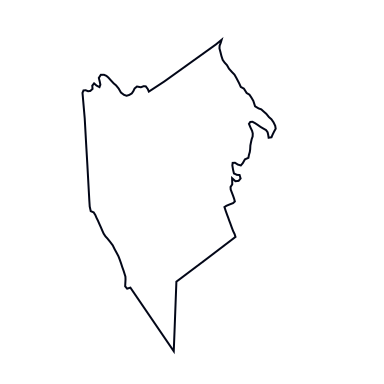 the district of Nova Redenção, Bahia, Brazil, rotated 159°
{"feature_id": "56859067B96538922294760", "entity_name": "Nova Redenção", "entity_type": "district", "adm_level": 2, "iso_a3": "BRA", "parent_name": "Brazil", "parent_adm1": "Bahia", "projection": "equal_earth", "projection_center": [-41.129, -12.772], "detail": "fine", "context": "isolated", "style": "outline", "palette": "ink", "viewbox_px": 384, "rotation_deg": 159, "n_neighbors": 0, "source": "geoboundaries", "source_scale": "gbopen_adm2", "svg_char_len": 2108}
<svg xmlns="http://www.w3.org/2000/svg" viewBox="0 0 384 384"><g transform="rotate(159 192 192)"><path d="M109.8,323.5L116.7,321.2L178.3,305.1L196.3,301.2L196.4,304.0L197.3,307.2L199.2,308.1L202.2,308.1L205.6,310.2L208.5,309.2L210.6,307.2L212.9,305.6L215.9,305.1L218.6,305.3L220.7,307.1L222.7,310.3L223.4,314.9L224.7,318.8L226.2,321.5L227.8,325.5L229.1,328.9L230.3,331.1L232.2,333.0L235.1,334.1L238.1,331.9L238.6,327.9L239.1,325.0L240.8,323.1L243.0,325.6L244.5,328.5L247.0,327.0L247.9,323.9L250.7,322.8L252.9,323.3L254.8,325.1L256.9,325.7L258.7,323.8L265.8,299.1L273.8,274.2L280.2,254.1L290.8,221.2L292.7,215.1L293.4,210.4L291.1,208.2L290.5,205.1L290.4,202.1L290.1,199.1L289.9,194.7L289.7,191.4L289.6,188.2L289.4,184.8L288.7,181.6L287.7,179.1L286.5,175.4L285.1,170.6L284.7,166.1L284.2,162.5L283.7,158.4L283.7,154.6L283.8,150.8L284.0,147.2L284.1,142.8L284.3,139.7L284.5,136.8L285.4,134.2L286.6,131.5L288.2,127.9L287.2,125.0L283.8,124.8L266.1,49.9L258.2,68.3L238.7,113.9L203.0,124.1L167.5,134.5L167.3,137.3L167.6,140.8L167.6,144.6L167.5,148.9L167.5,152.3L167.4,155.0L167.4,157.8L167.3,162.4L167.1,166.3L164.8,166.8L161.3,166.9L157.6,166.9L155.4,167.8L155.1,170.5L155.0,173.7L155.0,177.2L155.0,180.4L154.2,182.9L151.7,184.7L149.6,190.5L147.6,186.5L144.5,185.7L141.8,187.2L141.5,190.8L143.9,191.9L146.2,194.3L145.7,198.0L144.8,202.4L143.6,204.6L141.4,203.9L139.4,201.2L136.9,199.3L134.3,200.7L130.9,203.5L127.1,203.7L125.5,206.3L123.8,208.5L122.4,211.0L120.8,214.6L118.7,217.9L117.3,220.0L115.5,222.1L114.3,224.9L114.0,227.5L114.3,231.4L114.4,235.2L112.5,236.5L110.4,235.9L108.5,233.7L106.9,231.5L104.6,228.1L102.6,225.6L100.7,223.3L100.0,220.7L100.4,218.0L101.0,215.2L98.2,214.6L96.2,216.7L93.7,219.0L91.2,221.1L90.6,223.9L90.9,227.8L91.8,231.5L93.3,234.3L94.6,238.3L96.5,241.9L97.7,244.3L99.9,246.2L102.4,249.4L102.1,255.1L102.7,258.8L103.5,262.3L105.5,264.8L106.5,269.9L108.8,272.6L109.0,276.4L109.7,282.5L110.3,286.4L111.8,289.9L113.3,293.9L113.9,297.9L115.2,301.2L116.0,304.3L115.8,308.4L115.3,312.4L114.9,316.2L113.8,318.7L111.8,320.9L109.8,323.5Z" fill="none" stroke="#020617" stroke-width="2"/></g></svg>